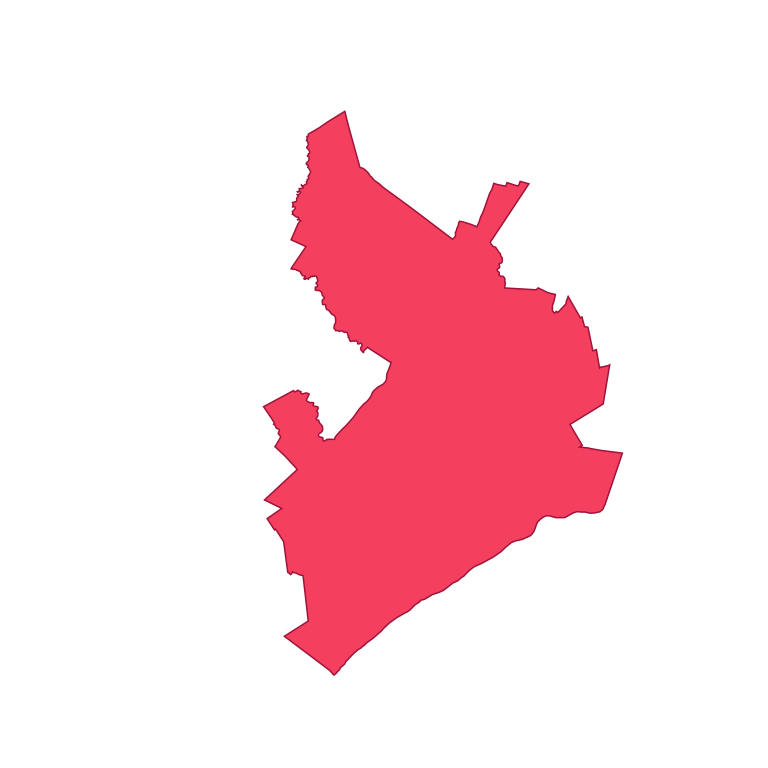 outline of Belint, Timis, Romania, rotated 319°
{"feature_id": "2599482B7232591978700", "entity_name": "Belint", "entity_type": "district", "adm_level": 2, "iso_a3": "ROU", "parent_name": "Romania", "parent_adm1": "Timis", "projection": "equal_earth", "projection_center": [21.773, 45.781], "detail": "fine", "context": "isolated", "style": "filled", "palette": "rose", "viewbox_px": 768, "rotation_deg": 319, "n_neighbors": 0, "source": "geoboundaries", "source_scale": "gbopen_adm2", "svg_char_len": 6171}
<svg xmlns="http://www.w3.org/2000/svg" viewBox="0 0 768 768"><g transform="rotate(319 384 384)"><path d="M467.7,621.9L470.4,620.4L471.0,620.4L518.6,592.6L504.3,576.6L497.1,567.7L496.8,567.0L490.3,559.9L493.4,560.3L497.8,536.5L536.3,542.9L566.9,517.6L564.9,517.1L562.2,515.5L560.7,514.9L559.0,513.5L557.2,513.3L566.8,497.4L563.4,496.0L575.1,475.1L574.8,474.3L573.4,472.9L573.1,472.0L577.4,463.3L575.6,462.9L580.4,438.8L575.5,441.4L573.9,442.9L562.0,444.1L561.8,442.3L559.1,442.3L559.2,439.3L562.3,435.5L566.2,433.3L572.1,428.9L567.6,422.6L563.4,412.6L560.6,412.7L538.2,390.8L539.1,389.6L541.5,387.8L543.1,385.0L544.2,384.1L544.6,382.4L544.5,381.0L544.0,380.3L542.9,379.5L542.2,377.6L544.0,375.6L544.2,375.2L543.8,373.7L544.0,372.4L544.7,371.8L547.1,372.0L548.1,371.7L549.6,369.0L550.5,368.9L552.0,369.6L552.7,369.7L554.4,368.4L556.0,366.2L556.2,363.7L557.2,362.3L557.3,361.7L557.2,358.9L557.7,357.5L557.7,355.8L558.0,353.9L556.6,352.0L556.6,348.5L557.0,347.2L557.7,346.6L624.7,328.0L619.7,320.4L616.1,322.4L615.2,322.4L613.6,320.4L609.0,312.7L605.7,314.6L600.7,308.2L598.5,304.6L593.5,307.7L588.5,309.6L574.5,317.6L569.6,320.1L566.6,321.3L561.9,324.2L557.3,326.3L554.1,320.1L549.7,313.1L547.8,310.8L546.3,311.2L544.0,313.1L541.1,314.4L539.0,315.9L537.4,316.4L535.7,318.5L534.4,319.5L530.7,319.7L519.1,264.5L512.5,235.7L511.7,229.7L510.2,223.6L510.4,221.8L510.2,220.5L510.5,219.4L510.0,217.9L510.4,216.3L510.6,213.3L510.2,210.9L510.3,210.0L509.5,207.2L507.9,204.8L526.6,165.7L533.3,152.5L513.5,149.2L503.2,148.1L491.3,145.8L490.9,145.8L489.4,147.2L488.5,146.6L488.1,146.7L487.4,147.5L487.4,148.2L487.2,148.7L485.4,149.1L485.1,151.7L483.7,154.1L482.8,154.4L481.9,154.2L480.7,155.0L480.6,155.6L480.8,157.3L480.6,159.0L480.1,160.2L479.3,161.0L478.0,160.7L477.4,161.4L476.0,161.5L475.7,162.1L476.4,163.7L476.1,164.2L473.3,166.2L470.4,166.3L469.9,166.7L469.5,167.4L469.7,168.1L470.2,168.5L470.2,169.5L468.6,170.5L468.8,171.5L468.4,173.9L467.9,175.3L467.1,176.3L464.4,177.0L465.2,177.2L463.3,177.3L462.8,177.7L462.4,179.2L461.5,179.7L460.2,179.2L459.2,180.7L458.1,180.5L457.8,181.6L456.8,182.3L455.8,181.7L453.0,181.6L452.6,180.9L452.3,179.7L451.8,180.4L452.1,182.4L451.5,182.8L450.3,182.5L448.3,180.9L447.1,182.4L445.8,182.7L444.7,182.1L444.7,182.6L445.1,182.9L446.7,183.1L447.0,184.5L445.4,185.2L443.6,184.8L442.7,184.0L442.5,184.4L442.9,185.1L442.4,186.0L440.0,186.5L438.2,188.4L437.5,188.6L434.0,187.0L433.5,188.6L431.1,190.4L431.4,190.7L432.4,191.0L432.9,191.8L432.6,193.1L430.2,193.7L428.2,193.6L427.5,194.5L427.2,195.6L426.2,195.8L426.6,196.4L426.6,197.2L427.0,198.2L426.9,198.6L427.2,199.8L428.8,202.4L428.5,203.1L427.7,203.3L426.7,203.1L426.6,203.6L427.4,204.1L428.3,206.2L426.4,206.1L424.4,206.6L408.5,214.2L415.3,229.1L389.5,235.9L389.4,236.2L389.8,236.7L392.7,240.0L392.8,240.9L393.7,242.3L394.4,244.8L394.4,245.2L393.9,245.7L393.8,247.6L393.5,248.5L395.2,250.9L394.5,251.4L392.7,251.8L392.6,252.6L393.1,253.3L395.0,253.5L395.8,255.3L396.9,254.7L398.1,255.2L399.2,254.7L400.1,255.9L401.2,255.9L401.6,256.3L401.8,256.9L403.2,257.4L403.5,257.8L403.5,258.8L401.9,262.5L401.1,262.9L399.1,263.2L398.8,263.6L398.6,264.4L399.1,265.3L398.8,266.1L397.4,266.7L395.9,265.9L393.8,267.8L394.5,269.3L396.4,270.7L397.1,274.1L395.7,276.3L395.6,279.7L394.5,280.2L392.5,280.2L391.5,281.1L389.9,283.7L390.1,284.2L391.4,285.1L391.7,285.7L391.5,286.7L390.6,287.7L389.6,290.0L390.4,291.8L390.6,293.3L390.3,296.9L391.2,299.2L391.4,301.0L389.6,303.9L387.9,305.7L387.2,306.3L385.6,306.7L382.9,308.8L382.6,310.2L382.8,311.2L382.6,312.3L383.6,312.8L384.4,313.7L384.8,315.1L386.0,315.2L387.2,316.7L388.0,319.1L389.6,319.9L389.7,321.3L389.2,323.1L388.7,323.8L388.7,324.7L387.6,325.2L387.8,326.4L387.0,327.9L386.6,329.7L387.2,330.3L388.4,330.8L389.5,332.1L391.5,333.2L391.4,335.5L390.6,336.2L390.7,336.7L391.3,337.3L393.1,337.8L393.7,338.4L392.6,340.8L392.0,341.1L390.3,341.2L389.3,342.4L388.9,343.6L389.0,346.6L389.4,346.7L390.7,345.6L394.2,345.7L395.5,345.4L402.9,371.2L403.6,372.1L400.7,374.2L392.6,378.4L388.4,382.5L386.3,383.2L382.9,383.5L377.5,382.3L371.4,382.4L369.2,383.1L365.9,384.8L362.8,385.5L359.4,386.0L355.8,385.8L349.1,386.6L338.6,389.1L328.2,390.5L322.6,390.7L314.7,391.6L312.3,392.1L310.2,393.3L306.1,389.4L304.8,389.0L304.6,388.2L302.5,388.3L301.1,387.6L301.3,386.1L302.4,384.7L302.5,384.2L300.6,381.5L300.5,380.2L301.8,379.0L302.8,378.9L304.2,379.3L306.1,379.1L307.0,378.9L308.2,377.8L309.8,375.5L309.9,370.5L310.9,368.7L309.9,367.1L309.7,366.0L310.2,365.6L313.1,364.7L315.2,362.4L315.4,361.2L315.3,360.2L317.5,359.7L318.6,359.0L319.0,358.0L318.9,357.4L317.7,356.1L316.4,354.2L316.5,353.7L318.0,352.7L318.5,351.8L316.1,349.5L314.5,346.6L314.9,345.5L315.8,344.7L320.6,342.7L320.9,342.3L320.9,341.9L319.3,339.6L316.6,338.3L315.3,337.0L315.2,336.4L316.3,335.3L315.3,333.6L315.0,332.3L314.0,332.0L311.9,331.8L311.4,331.0L311.4,329.6L278.2,322.1L276.6,336.0L275.6,341.9L274.3,341.9L274.6,343.1L274.5,344.6L273.7,346.5L274.9,349.2L274.9,349.9L274.1,350.7L271.9,351.7L271.6,352.7L271.6,355.5L270.6,356.5L262.7,359.2L260.6,359.7L262.0,373.5L262.5,391.6L217.7,393.1L225.2,410.8L207.5,408.9L205.6,422.3L206.9,422.4L206.9,423.0L204.8,437.2L187.8,463.0L188.1,463.7L188.5,466.6L189.8,466.5L191.8,465.7L191.7,466.7L193.2,468.3L195.2,472.8L197.2,475.5L171.3,513.2L143.3,509.0L155.1,564.5L155.2,570.8L157.9,571.0L160.4,570.5L162.0,570.6L163.0,570.5L164.9,569.5L170.6,569.6L172.5,568.6L174.0,568.4L183.4,567.5L190.2,567.5L193.4,568.1L195.8,568.0L196.9,568.3L201.0,568.0L209.5,568.7L220.2,568.7L223.0,568.2L231.2,567.9L240.3,568.7L249.0,570.4L251.5,571.1L255.1,571.6L262.8,571.0L267.6,571.7L270.1,571.4L272.7,572.8L274.7,573.4L282.2,574.6L289.2,577.5L293.7,578.8L305.3,579.4L310.6,580.9L316.1,580.9L318.1,581.4L323.8,580.8L329.2,580.8L333.1,581.3L339.8,583.4L353.2,586.3L362.5,587.3L368.9,587.0L375.8,587.2L380.2,588.6L383.7,590.6L387.4,592.3L394.9,594.5L397.5,594.3L400.5,593.6L404.7,591.4L405.4,590.8L409.4,588.9L413.6,588.7L416.5,588.9L419.7,589.8L421.1,590.8L422.7,592.5L426.0,597.6L432.2,603.0L433.4,603.6L442.2,605.4L445.0,606.6L446.5,607.5L449.0,610.2L451.7,612.5L454.5,616.4L457.9,619.2L463.1,622.1L466.2,622.2L467.7,621.9Z" fill="#f43f5e" stroke="#9f1239" stroke-width="1.5"/></g></svg>